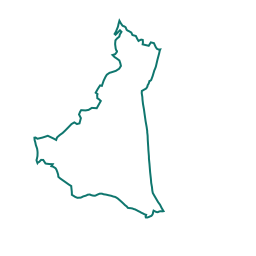 Chamchamal, As-Sulaymaniyah, Iraq (Albers equal-area conic projection), rotated 32°
{"feature_id": "34846034B49134433337490", "entity_name": "Chamchamal", "entity_type": "district", "adm_level": 2, "iso_a3": "IRQ", "parent_name": "Iraq", "parent_adm1": "As-Sulaymaniyah", "projection": "albers", "projection_center": [44.962, 35.42], "detail": "fine", "context": "isolated", "style": "outline", "palette": "teal", "viewbox_px": 256, "rotation_deg": 32, "n_neighbors": 0, "source": "geoboundaries", "source_scale": "gbopen_adm2", "svg_char_len": 3124}
<svg xmlns="http://www.w3.org/2000/svg" viewBox="0 0 256 256"><g transform="rotate(32 128 128)"><path d="M122.2,75.0L121.4,71.0L119.8,65.2L119.6,63.7L119.1,61.2L116.7,54.2L114.9,48.3L113.9,45.5L113.7,44.3L112.6,45.2L110.5,45.5L108.5,44.6L105.0,42.3L102.0,43.3L102.0,47.3L96.1,49.3L95.3,47.5L94.3,46.1L93.8,45.5L92.3,46.1L91.6,47.1L90.8,48.6L88.6,47.5L85.9,45.8L82.5,46.8L80.2,45.3L77.3,45.4L75.9,45.6L74.7,45.4L72.7,43.9L72.0,43.8L70.9,43.8L70.1,44.1L69.0,44.1L66.9,43.2L65.8,42.7L65.0,42.2L63.9,41.6L65.0,45.3L65.5,46.5L65.9,47.9L66.3,50.3L66.7,52.5L66.8,55.3L68.0,55.5L69.4,49.4L71.5,49.9L71.5,52.9L72.2,55.1L71.7,56.7L71.3,57.7L70.9,60.3L72.2,62.9L72.8,63.9L75.5,67.2L77.0,68.4L77.8,68.6L78.2,69.1L78.2,70.1L78.0,72.2L77.2,73.1L76.2,74.3L79.1,75.0L81.0,75.0L84.9,75.3L87.2,77.2L89.1,79.1L89.1,82.4L87.4,86.0L84.2,89.8L83.1,91.0L81.8,94.0L81.8,96.4L82.2,100.2L82.3,100.9L83.5,106.1L81.8,106.6L81.7,108.8L81.7,111.4L81.9,115.2L84.2,115.4L84.6,116.8L85.4,117.8L86.2,119.0L86.8,119.0L88.1,119.0L90.6,119.5L91.0,127.8L90.6,128.0L86.7,130.1L85.0,133.5L82.7,135.6L78.8,137.7L78.8,139.6L79.3,142.5L80.5,143.2L82.8,144.6L84.4,149.8L82.6,151.7L79.5,151.7L78.0,154.6L77.2,158.4L76.0,163.8L75.2,166.9L73.9,170.0L72.9,173.3L72.9,174.0L73.4,176.2L70.3,176.4L64.1,177.1L62.5,179.1L60.4,181.6L56.9,185.1L55.2,185.1L54.6,185.1L53.8,185.8L54.5,186.8L55.4,187.9L57.0,189.3L58.8,191.2L61.9,193.7L63.5,195.6L64.5,197.0L66.1,199.8L67.0,202.2L67.4,203.7L68.6,204.8L69.8,205.7L69.8,205.3L70.7,203.6L71.2,201.1L73.0,200.0L76.8,201.8L77.5,201.6L80.7,200.1L83.3,198.6L83.3,201.0L84.9,200.5L86.3,200.5L87.4,200.5L88.1,200.6L89.4,201.3L91.4,202.8L93.5,204.6L94.8,206.3L97.0,206.7L102.6,207.0L107.7,207.3L110.6,207.3L111.5,208.5L114.0,211.7L115.6,214.0L115.8,214.4L117.3,214.4L119.0,214.4L119.9,214.4L122.1,214.0L123.5,213.0L124.6,212.3L125.3,211.4L126.3,209.7L127.6,208.3L128.4,207.3L129.2,205.9L130.9,204.6L132.1,204.5L133.8,204.0L135.3,203.3L136.2,202.6L137.5,200.5L138.8,198.7L140.7,197.5L142.5,197.1L144.5,196.2L146.2,195.6L146.9,195.4L149.6,194.4L151.9,193.9L153.5,193.3L154.7,193.2L156.6,193.2L159.8,193.7L162.1,194.1L164.6,194.6L166.3,195.0L168.6,195.2L170.1,195.8L171.4,195.3L172.7,194.6L174.4,193.9L175.8,193.7L177.0,193.3L179.2,193.1L181.0,193.0L182.4,192.8L183.8,192.8L186.5,192.5L187.2,192.5L188.0,192.4L189.4,192.0L189.7,193.1L189.8,193.7L190.5,194.4L191.9,193.6L192.5,192.8L193.0,192.2L193.5,191.3L194.1,190.6L194.5,189.8L194.6,188.3L194.4,187.3L193.9,186.1L193.5,184.5L196.0,184.3L197.4,183.9L198.0,183.4L198.7,182.3L199.5,181.5L201.4,180.4L202.0,179.9L202.2,179.7L198.9,178.0L195.8,176.1L192.8,174.9L186.1,171.4L183.5,170.0L181.8,168.2L179.7,165.5L176.8,162.3L174.5,159.2L170.3,153.9L165.4,147.3L162.0,142.9L160.7,140.9L156.9,135.8L155.3,133.5L153.2,130.6L150.7,127.1L148.9,124.4L148.6,124.0L147.9,123.1L146.6,121.5L145.9,120.4L143.3,117.3L139.4,113.0L136.2,109.2L133.6,106.1L131.7,103.8L128.0,99.7L125.2,96.2L123.8,94.2L121.1,91.1L120.1,89.2L120.8,88.0L121.2,87.2L122.0,85.8L122.5,84.8L122.5,83.8L122.5,82.6L122.0,81.4L122.0,79.5L121.7,78.2L121.3,76.7L121.9,76.1L122.2,75.0Z" fill="none" stroke="#0f766e" stroke-width="2"/></g></svg>